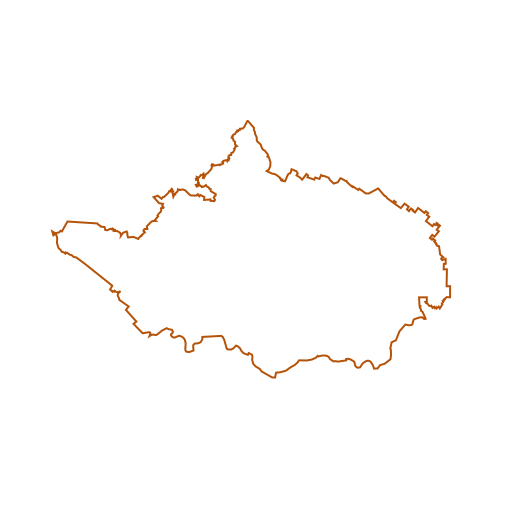 the district of Coatzintla, Veracruz, Mexico, rotated 210°
{"feature_id": "50627088B29879698863808", "entity_name": "Coatzintla", "entity_type": "district", "adm_level": 2, "iso_a3": "MEX", "parent_name": "Mexico", "parent_adm1": "Veracruz", "projection": "orthographic", "projection_center": [-97.52, 20.428], "detail": "fine", "context": "isolated", "style": "outline", "palette": "amber", "viewbox_px": 512, "rotation_deg": 210, "n_neighbors": 0, "source": "geoboundaries", "source_scale": "gbopen_adm2", "svg_char_len": 6098}
<svg xmlns="http://www.w3.org/2000/svg" viewBox="0 0 512 512"><g transform="rotate(210 256 256)"><path d="M79.3,285.5L78.3,285.8L77.7,286.5L83.8,290.9L85.8,291.1L86.5,292.4L88.3,293.1L88.5,294.8L89.5,294.6L94.1,301.7L87.4,305.6L85.2,301.8L86.4,300.9L85.2,300.2L83.2,300.4L81.2,299.4L79.8,299.9L79.3,300.7L77.2,299.3L76.3,301.1L75.1,300.3L74.6,301.6L73.5,300.8L72.5,303.5L70.6,302.5L70.4,307.2L71.2,307.6L70.9,310.0L71.7,310.4L71.0,311.2L71.6,312.0L71.5,312.6L70.7,313.0L70.9,314.0L70.3,315.7L67.3,317.3L72.8,326.9L75.8,325.1L84.0,339.9L86.8,338.3L89.4,343.1L87.8,344.1L90.3,348.3L92.7,345.5L93.6,345.8L94.4,346.5L93.2,348.6L97.3,349.4L102.4,356.0L104.5,355.4L105.6,356.6L106.0,356.3L107.3,357.0L107.2,357.4L108.9,357.7L108.6,359.0L111.6,359.5L111.7,358.1L114.4,358.5L113.9,362.4L111.1,362.0L110.0,368.8L112.6,369.1L111.9,374.3L113.4,374.4L113.6,373.2L114.9,373.3L114.8,374.7L116.0,375.0L116.4,372.4L117.8,372.6L118.1,370.0L126.3,371.2L125.6,376.6L128.6,377.0L128.4,379.2L131.4,379.6L131.6,377.5L139.6,378.6L140.1,373.2L142.9,373.6L142.8,374.3L145.5,374.7L146.0,371.3L148.6,371.9L148.4,375.1L153.5,375.6L154.5,369.9L162.1,370.6L161.8,372.5L164.1,372.8L164.2,370.8L171.1,371.6L173.5,372.6L174.6,372.3L184.0,375.6L189.6,366.5L192.2,365.1L200.2,365.9L200.4,364.3L207.0,364.7L207.0,364.0L214.1,365.4L214.9,366.2L216.3,365.8L221.1,365.8L221.8,365.4L222.0,360.8L224.9,357.6L230.0,358.8L232.1,360.1L237.3,359.3L238.3,358.6L240.1,358.7L239.6,354.5L243.9,353.6L243.7,351.3L250.8,349.9L251.2,351.8L253.3,352.2L254.2,345.2L257.5,346.0L261.2,346.1L261.1,348.3L263.4,349.6L268.6,348.9L267.7,345.7L267.7,344.7L268.9,343.5L269.0,341.8L268.2,335.2L270.8,334.3L271.2,335.1L271.9,334.2L272.2,334.2L272.2,335.2L274.0,335.2L274.3,335.8L279.8,336.5L283.4,335.4L289.2,334.9L288.1,337.4L288.6,341.0L290.3,344.4L294.2,347.9L295.8,347.8L295.6,348.8L297.0,350.1L301.0,351.6L303.0,351.6L304.8,352.4L307.6,354.9L312.1,355.8L313.3,356.7L314.7,359.1L317.9,361.3L318.8,362.7L321.1,364.3L321.8,366.0L330.6,368.9L331.0,368.4L330.7,361.9L331.2,359.8L333.6,358.1L333.0,357.0L334.0,356.3L333.9,355.4L335.0,355.3L334.6,353.8L335.2,353.4L335.2,351.0L336.3,349.8L336.5,347.8L336.3,346.7L335.7,347.3L335.4,346.2L334.1,345.8L333.2,344.7L331.2,344.4L330.0,342.2L327.5,341.6L328.6,340.4L328.1,338.5L328.5,338.0L327.8,337.7L327.7,334.2L328.9,332.9L328.0,331.1L329.4,330.1L329.7,328.9L329.3,327.7L328.7,327.8L328.5,326.7L327.8,326.8L327.6,325.2L328.5,325.3L328.4,323.9L329.2,324.6L331.8,322.1L332.1,320.7L331.4,320.9L330.7,319.6L332.7,316.7L333.1,317.1L337.4,313.3L338.4,313.1L338.5,313.8L339.9,313.6L339.9,312.7L339.5,312.8L339.4,311.9L338.7,311.5L338.2,308.9L339.3,303.5L340.2,302.2L340.2,301.1L341.2,300.6L340.0,299.3L340.6,298.4L340.1,297.3L341.0,297.0L341.6,300.1L341.9,299.9L342.7,301.0L343.3,298.8L344.3,298.6L344.5,295.9L345.0,295.2L346.5,294.9L345.2,293.9L346.7,292.9L345.8,291.9L344.5,293.3L343.0,290.6L342.2,290.9L341.6,289.8L343.7,287.5L342.0,286.5L341.1,287.7L341.3,289.7L339.0,288.8L337.9,289.3L337.3,288.7L336.1,289.7L334.8,292.4L333.4,291.6L331.0,291.7L330.1,290.9L328.7,291.3L328.0,289.8L327.3,289.5L321.8,289.5L321.2,288.1L321.8,287.2L321.8,285.4L319.6,284.2L319.5,282.7L323.0,281.0L323.7,282.2L329.0,278.6L330.3,281.3L334.9,281.0L334.8,279.4L336.3,279.5L337.3,280.3L338.1,278.3L342.5,276.0L343.9,275.8L350.3,277.5L352.8,277.0L354.9,275.1L355.8,275.1L356.0,274.5L356.9,274.6L356.4,273.1L356.5,271.2L357.6,269.3L356.8,268.8L357.4,268.3L357.2,266.0L360.1,269.2L360.0,270.5L360.8,270.4L361.8,271.9L362.6,272.1L362.8,270.8L361.4,269.8L362.0,269.2L363.6,268.8L363.5,266.6L365.3,261.0L366.1,260.4L366.4,258.3L371.2,259.1L374.1,255.8L366.4,253.3L362.6,254.6L362.4,252.8L360.4,252.0L360.3,251.2L362.0,250.4L362.1,249.7L361.0,248.5L360.6,246.5L361.4,244.2L361.5,241.6L360.6,241.2L361.6,236.5L360.3,236.3L363.2,234.4L363.9,232.9L365.4,227.1L363.6,225.0L366.1,223.7L366.1,221.5L364.1,221.0L365.7,216.2L365.3,216.1L366.5,213.6L366.5,211.9L371.6,211.3L376.1,208.1L378.4,210.4L378.8,211.5L380.3,212.6L382.7,209.7L383.1,205.8L383.5,206.7L385.3,208.2L388.6,208.2L391.0,206.9L391.2,207.8L392.2,206.9L392.7,208.0L394.1,208.0L394.2,207.0L395.7,206.8L397.6,204.0L399.5,203.2L401.7,205.4L405.2,203.8L405.6,204.3L408.6,204.3L409.6,204.9L436.5,191.6L436.4,180.2L437.9,180.1L438.3,178.1L440.6,175.9L442.2,175.3L444.7,175.4L441.8,172.6L440.8,174.6L439.7,174.6L437.1,172.1L434.9,167.8L431.9,164.9L430.9,164.1L428.7,163.7L426.1,162.5L424.6,163.1L422.4,162.7L422.5,163.9L421.4,163.9L421.2,164.3L417.8,164.0L416.3,164.6L413.4,164.0L411.0,164.9L400.6,163.7L365.6,158.4L365.6,154.0L362.4,153.3L362.4,154.0L361.0,154.2L361.0,155.2L359.9,154.9L357.4,155.6L355.8,157.8L356.7,154.4L355.9,152.5L353.2,150.7L352.6,149.7L341.0,148.6L341.7,144.3L326.8,139.4L328.1,136.0L315.5,132.4L310.5,136.6L309.1,136.6L308.8,136.2L308.2,133.3L307.3,135.1L305.9,136.5L303.4,137.3L302.4,138.4L300.1,144.4L297.3,148.8L294.7,149.0L292.0,150.1L290.0,148.8L289.9,147.7L290.4,145.9L290.1,145.0L289.2,144.4L287.4,144.1L285.7,144.6L282.7,148.5L279.7,149.1L277.3,148.6L275.8,147.9L273.2,145.2L270.9,140.4L269.8,138.9L268.6,138.3L265.9,139.3L262.9,142.9L265.8,147.3L265.4,149.4L262.1,151.8L260.8,153.9L260.8,156.9L262.0,159.1L246.2,169.4L244.4,169.3L241.6,167.5L235.0,161.1L234.0,160.9L230.7,162.6L229.5,164.5L228.5,168.4L226.2,168.7L223.6,168.0L221.4,166.6L218.3,165.6L213.6,166.3L213.8,168.3L210.1,168.5L208.6,166.9L207.6,164.4L204.7,161.4L201.4,160.2L196.3,160.1L193.2,158.8L181.3,158.9L178.7,160.3L180.3,165.0L177.0,167.3L172.7,171.7L170.4,176.9L167.9,181.1L166.8,184.4L166.5,187.2L159.8,190.9L155.8,194.3L153.3,197.8L152.6,200.4L151.8,200.2L148.8,203.0L145.2,204.9L142.7,205.0L140.4,203.8L136.2,203.4L135.2,204.4L132.1,205.6L125.7,210.7L126.4,211.8L125.1,212.9L122.7,213.7L117.9,213.6L115.7,211.0L114.0,210.1L112.2,210.0L110.2,211.6L109.9,216.5L108.0,220.2L106.6,221.4L104.7,221.8L103.3,221.5L100.1,219.8L97.4,217.5L94.5,219.4L93.9,223.7L90.8,226.8L87.9,233.8L89.6,237.9L92.6,242.6L93.4,242.9L95.4,249.1L92.7,253.0L94.1,262.5L92.4,271.3L89.1,272.4L87.0,273.8L86.4,275.0L87.6,279.0L87.3,280.5L83.2,285.0L81.0,286.1L79.3,285.5Z" fill="none" stroke="#b45309" stroke-width="2"/></g></svg>